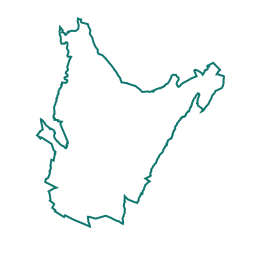 Acatzingo, Puebla, Mexico (Albers equal-area conic projection), rotated 7°
{"feature_id": "50627088B6514747486487", "entity_name": "Acatzingo", "entity_type": "district", "adm_level": 2, "iso_a3": "MEX", "parent_name": "Mexico", "parent_adm1": "Puebla", "projection": "albers", "projection_center": [-97.761, 19.03], "detail": "fine", "context": "isolated", "style": "outline", "palette": "teal", "viewbox_px": 256, "rotation_deg": 7, "n_neighbors": 0, "source": "geoboundaries", "source_scale": "gbopen_adm2", "svg_char_len": 5696}
<svg xmlns="http://www.w3.org/2000/svg" viewBox="0 0 256 256"><g transform="rotate(7 128 128)"><path d="M212.3,59.1L204.6,52.9L200.7,55.7L200.7,56.0L200.0,56.2L200.7,57.1L199.3,57.2L200.0,59.7L198.7,61.0L197.9,60.8L197.2,61.5L197.2,62.3L196.7,64.0L196.3,64.6L195.7,66.0L194.2,64.4L192.0,63.3L189.6,62.3L187.8,62.1L187.1,62.4L186.8,63.0L189.8,68.3L185.0,70.9L181.3,73.8L176.8,76.8L176.5,77.3L175.1,78.7L174.3,80.4L173.9,80.4L172.8,81.0L171.3,79.2L170.9,78.3L170.9,76.9L172.3,74.0L172.4,73.1L171.9,71.7L171.5,71.6L169.8,70.6L169.2,69.5L166.4,69.6L164.9,70.8L164.4,73.9L163.6,75.2L163.5,76.3L162.6,77.7L162.2,78.8L161.4,79.5L160.4,79.9L159.6,81.1L159.2,81.3L159.2,81.8L158.5,82.3L158.1,82.9L157.1,83.1L156.5,83.8L155.8,84.1L155.6,84.5L154.4,84.5L153.9,85.0L151.7,85.7L150.1,87.1L149.6,87.2L149.3,87.8L148.8,87.8L148.8,88.7L148.6,88.9L147.6,88.4L145.0,89.6L143.5,89.3L137.7,90.5L134.7,88.0L130.1,85.4L123.8,84.3L123.2,84.0L122.3,84.0L121.9,83.6L116.0,83.5L115.3,81.9L114.6,80.9L114.5,80.2L114.2,79.5L113.0,78.1L111.4,76.7L111.3,76.0L110.5,75.3L109.7,74.0L108.8,73.4L108.6,72.7L107.4,72.1L106.6,70.7L105.1,69.3L104.4,68.4L102.0,66.1L101.6,66.0L99.4,63.6L98.4,62.9L97.8,62.3L97.7,61.8L96.5,61.2L95.2,60.0L93.3,58.7L90.6,58.2L89.7,57.9L89.3,57.5L88.8,56.8L88.4,53.9L86.1,51.7L85.2,50.5L83.2,46.9L81.5,42.7L78.7,39.4L78.5,37.9L78.8,36.2L78.6,35.3L76.5,32.3L75.5,29.8L69.2,29.0L68.3,28.3L68.1,27.5L68.3,26.0L66.2,25.9L65.0,25.5L65.0,28.3L66.5,31.8L66.6,35.6L65.2,37.2L64.0,38.1L60.1,38.4L58.0,39.3L57.7,40.1L56.6,39.9L56.4,41.1L54.9,43.2L54.0,42.8L53.4,41.5L50.9,41.0L51.4,39.2L48.3,36.1L48.3,37.7L48.5,38.6L48.2,40.7L48.8,42.3L48.7,43.4L50.1,45.8L50.5,47.6L50.5,49.7L51.7,52.5L53.3,52.1L54.8,52.1L55.8,50.5L56.8,50.4L57.5,50.9L57.9,53.9L57.5,55.5L57.7,56.5L58.1,57.2L59.1,58.1L59.8,60.0L58.9,63.4L59.0,63.8L59.6,64.5L60.0,64.6L61.9,64.1L62.9,64.4L62.2,65.6L62.2,66.5L61.8,67.1L61.4,68.5L60.3,74.8L60.4,75.5L61.3,76.9L61.3,77.7L61.0,78.3L59.7,79.9L59.5,80.7L59.9,81.6L61.3,82.4L61.6,82.8L61.7,83.6L61.6,84.1L61.1,84.6L59.8,84.8L59.3,85.2L58.8,85.9L59.0,86.7L59.4,87.2L61.8,87.9L62.0,88.4L62.1,89.1L60.9,90.8L57.0,90.9L57.2,92.3L56.5,93.1L57.1,93.5L56.8,95.1L56.6,95.2L56.4,96.1L55.2,97.4L55.3,98.3L54.7,99.6L54.5,100.4L54.5,101.2L54.9,102.6L54.8,103.0L54.0,104.1L54.1,105.7L53.7,106.7L53.8,107.4L53.3,107.7L53.8,109.6L53.7,110.2L53.2,110.9L53.0,113.1L52.2,115.5L52.3,118.2L52.7,119.0L52.8,120.1L53.1,120.6L52.9,121.3L53.5,122.8L52.6,124.1L52.9,125.3L52.6,126.1L53.0,126.4L53.0,127.1L53.2,127.4L54.4,127.7L54.1,128.8L57.8,128.7L57.8,129.9L61.5,129.8L60.6,131.5L60.5,132.1L60.6,132.8L70.2,149.6L70.0,150.7L69.5,150.6L69.0,152.7L69.8,153.1L69.2,155.3L68.1,155.0L68.9,156.1L66.5,154.1L66.0,153.8L64.9,153.7L62.2,152.1L59.7,149.8L58.9,149.7L58.6,149.1L56.4,146.9L56.1,146.0L55.6,145.1L55.5,144.4L56.2,141.9L56.1,141.5L55.4,141.1L55.3,140.1L54.6,139.3L51.6,137.9L51.2,138.6L50.8,138.6L50.3,138.3L49.5,137.2L45.8,134.9L45.3,134.0L44.4,133.2L44.3,132.7L43.1,131.6L42.4,131.3L41.8,130.6L40.5,129.9L40.4,130.3L43.6,139.9L41.2,141.9L41.3,142.0L38.6,146.4L40.6,147.4L40.4,147.5L42.3,149.2L43.2,147.9L54.1,153.1L56.8,158.9L58.9,160.5L58.3,161.8L59.0,162.1L58.6,163.3L58.1,169.5L56.8,169.0L55.8,168.8L55.6,175.1L56.0,175.2L56.1,176.4L56.5,177.2L55.5,180.1L55.3,180.4L56.1,181.3L55.4,185.2L54.7,187.3L54.2,187.8L52.7,188.6L52.4,191.7L64.2,195.9L61.3,197.3L56.9,200.7L57.8,201.8L59.2,206.1L59.8,209.3L59.4,209.7L63.3,211.9L64.0,212.7L62.5,216.4L66.0,218.6L65.6,219.6L75.4,224.2L76.2,222.3L85.4,225.7L96.6,228.8L102.2,230.5L101.4,228.1L100.2,226.1L99.0,221.0L100.2,220.9L106.9,221.9L116.6,217.8L122.0,219.2L124.7,220.4L125.8,220.6L128.0,221.5L130.4,221.7L132.7,223.1L134.6,223.8L134.8,222.6L134.0,219.8L133.6,219.1L134.0,216.6L134.4,216.2L134.4,214.6L134.9,213.5L135.1,212.4L134.7,211.3L134.9,209.1L133.4,206.1L133.2,205.0L133.6,202.0L134.1,201.6L133.2,200.3L133.4,199.3L133.1,196.1L136.3,198.8L143.2,200.7L146.3,201.2L146.4,200.2L146.9,199.7L147.4,198.7L147.2,198.1L147.2,197.4L147.7,195.3L148.6,193.6L148.6,192.4L149.5,192.1L149.8,191.7L149.6,191.2L150.3,191.4L150.3,189.1L150.5,188.3L151.3,187.2L151.4,185.3L152.3,182.2L153.0,181.6L154.4,179.6L155.3,179.1L156.0,178.3L151.4,176.0L156.1,173.0L156.0,172.4L156.3,172.1L155.8,171.5L155.7,171.0L155.8,169.8L156.3,168.4L156.1,168.2L156.4,167.2L156.0,166.4L156.4,165.5L157.2,164.5L157.5,162.9L158.6,161.5L158.9,160.7L159.3,160.0L160.1,159.3L160.8,155.7L161.4,154.7L161.5,154.1L162.3,152.5L162.3,152.0L162.7,151.0L165.7,147.1L165.6,145.5L166.5,143.4L166.9,143.1L167.1,141.7L167.7,140.8L168.2,140.9L168.6,140.3L168.8,139.8L168.5,139.0L168.2,138.8L168.2,138.5L169.0,137.5L169.0,136.2L169.2,135.5L170.9,133.9L171.6,133.7L171.9,132.8L172.4,132.8L172.7,130.9L173.1,130.3L173.2,129.6L172.8,128.9L173.4,127.6L173.3,126.4L173.5,125.8L174.0,125.6L174.3,123.9L174.9,123.5L175.0,123.1L174.7,122.1L174.7,121.0L174.8,120.5L175.4,120.0L175.7,119.1L176.2,118.6L176.1,117.3L176.9,116.6L178.0,114.3L178.7,113.7L179.3,112.4L179.7,111.9L179.4,111.7L180.2,111.1L180.4,110.3L181.0,110.1L182.0,110.3L182.7,109.3L183.2,109.4L183.6,109.0L183.8,106.7L184.3,106.4L185.3,104.4L186.3,104.4L186.6,104.0L186.7,102.4L187.6,99.7L187.9,99.5L187.7,99.1L188.0,98.9L188.4,97.7L188.6,95.5L189.4,92.2L189.6,92.0L189.9,90.9L190.9,89.7L191.6,87.5L193.3,85.0L194.4,85.4L194.7,85.9L194.8,86.5L193.6,91.9L193.8,92.2L193.8,93.2L193.4,95.0L193.6,95.2L194.2,95.3L194.1,95.7L194.5,96.8L195.2,97.5L200.1,100.2L199.1,102.6L200.4,101.7L200.9,101.0L201.7,99.7L201.8,99.0L205.1,94.0L205.8,91.3L206.4,90.2L206.9,88.7L207.7,85.4L209.7,82.6L210.3,80.6L216.2,76.9L217.0,74.9L217.4,72.2L217.0,68.7L217.0,65.2L216.1,64.6L213.8,64.5L211.0,63.7L209.5,63.9L210.7,61.1L212.3,59.1Z" fill="none" stroke="#0f766e" stroke-width="2"/></g></svg>